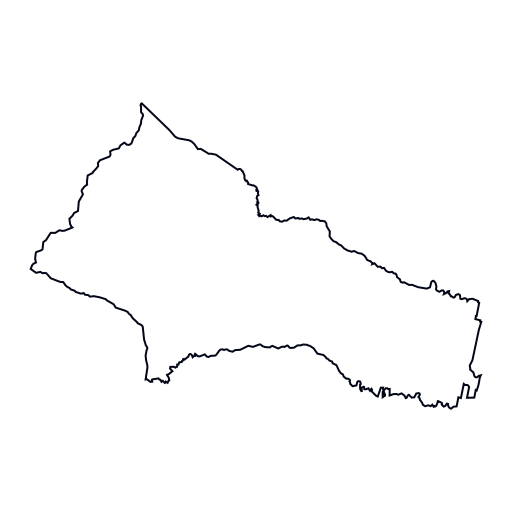 outline of Chicligasta, Tucumán, Argentina
{"feature_id": "61730980B55497812442102", "entity_name": "Chicligasta", "entity_type": "district", "adm_level": 2, "iso_a3": "ARG", "parent_name": "Argentina", "parent_adm1": "Tucumán", "projection": "natural_earth1", "projection_center": [-65.69, -27.245], "detail": "fine", "context": "isolated", "style": "outline", "palette": "ink", "viewbox_px": 512, "rotation_deg": 0, "n_neighbors": 0, "source": "geoboundaries", "source_scale": "gbopen_adm2", "svg_char_len": 6067}
<svg xmlns="http://www.w3.org/2000/svg" viewBox="0 0 512 512"><path d="M30.7,269.0L36.1,272.8L40.4,271.9L42.5,273.2L44.8,272.9L46.4,273.3L50.8,278.3L60.1,281.9L63.3,282.1L65.3,285.1L67.4,287.0L69.4,287.9L70.8,289.4L74.8,290.8L75.7,291.9L80.3,293.5L82.2,293.5L83.6,293.0L85.0,294.7L88.3,295.1L89.9,296.6L94.0,296.2L99.7,297.3L105.8,299.2L106.6,300.2L113.7,304.3L115.7,307.6L125.2,310.7L127.7,312.0L129.0,313.9L130.6,314.9L132.7,318.2L137.2,322.3L137.6,323.2L141.4,325.0L142.7,326.5L144.1,339.6L145.9,345.5L147.1,347.1L147.3,348.6L146.6,350.2L145.6,355.6L146.1,360.2L147.4,365.7L147.4,367.8L145.6,379.5L147.0,379.3L150.3,381.8L152.2,381.7L151.9,379.8L152.3,379.4L158.5,378.4L159.3,379.5L160.3,379.7L161.5,381.8L162.8,380.8L164.8,383.0L165.4,382.7L165.8,381.6L167.6,382.8L168.4,381.0L169.3,380.3L168.7,377.6L167.0,374.9L169.0,374.0L172.4,371.2L170.0,368.5L170.3,366.9L173.8,366.8L175.5,367.6L176.3,366.8L177.1,366.7L177.2,364.5L178.5,364.5L179.3,362.3L181.6,362.1L181.9,361.1L182.8,360.7L183.1,359.2L183.6,359.0L183.9,359.7L184.4,359.7L188.4,356.5L188.9,354.8L189.8,354.1L190.6,354.0L191.9,355.2L192.7,357.2L193.7,356.1L195.0,355.9L194.7,354.5L195.1,353.8L198.1,356.3L199.9,356.3L204.8,354.4L206.8,356.6L208.6,357.0L210.5,355.9L215.1,355.6L216.3,354.8L219.3,350.6L220.5,349.6L222.3,349.3L224.0,350.0L225.6,349.4L227.4,349.5L229.1,350.9L232.6,351.7L235.2,350.1L240.1,349.8L248.3,345.8L252.9,346.9L259.6,344.4L260.7,344.6L262.4,346.1L265.2,347.1L269.9,347.4L271.1,346.4L272.4,345.9L278.3,348.5L281.4,346.9L283.6,346.6L284.4,347.0L287.1,345.5L287.9,345.7L289.4,347.5L290.7,348.0L294.1,347.6L297.5,345.4L301.0,345.3L303.1,344.5L307.2,344.8L308.2,345.5L309.8,345.8L313.6,348.3L317.4,353.6L323.4,355.0L325.6,356.9L326.5,358.4L327.8,358.8L329.5,360.6L332.1,361.6L332.7,363.3L336.4,365.1L339.1,370.9L340.8,373.2L342.9,374.4L343.7,376.6L346.3,378.7L347.8,378.6L349.6,379.5L350.0,380.5L349.5,381.5L350.1,382.4L350.2,383.8L352.6,386.2L356.4,385.4L357.3,381.9L358.4,381.1L360.2,381.6L360.8,383.9L360.1,384.5L360.1,388.9L361.3,391.1L361.8,391.0L361.6,387.8L363.6,386.7L364.1,387.1L364.3,389.2L365.9,389.3L368.4,388.3L370.0,390.8L371.4,388.8L372.0,389.6L371.8,391.5L376.1,395.8L377.8,396.5L380.8,387.7L383.1,387.7L382.9,388.7L383.6,390.1L382.7,392.1L382.7,397.2L385.0,395.6L385.0,394.5L384.5,394.2L384.8,394.1L383.9,392.1L383.8,390.3L385.8,388.3L387.1,388.2L388.2,389.1L389.7,389.0L389.6,395.5L393.5,394.1L396.4,394.0L398.3,394.7L401.6,393.4L404.4,395.5L405.7,398.1L406.5,397.9L407.9,395.4L408.9,394.8L411.7,397.6L414.3,397.3L416.3,393.5L418.8,393.1L419.6,393.6L419.9,394.6L418.4,397.0L419.5,397.9L419.9,399.8L422.1,402.7L422.9,404.8L425.1,406.2L428.3,405.3L430.6,406.2L432.3,404.7L433.0,405.8L434.0,405.9L433.9,406.7L435.5,406.4L436.3,405.7L437.6,402.5L438.5,401.9L437.1,400.7L441.7,402.8L442.2,404.0L441.8,404.7L443.7,406.6L445.3,405.9L446.8,403.6L448.0,403.9L447.8,404.8L449.0,407.4L450.6,408.6L451.4,408.5L453.4,406.7L456.6,406.4L458.4,397.3L460.9,398.0L463.8,383.9L465.1,385.0L467.3,385.0L468.2,385.5L469.1,387.1L467.0,397.8L474.3,397.6L475.7,390.0L476.7,390.5L478.4,385.3L479.9,377.2L480.8,375.3L478.9,375.8L476.9,377.3L475.4,377.2L474.3,375.9L473.4,372.4L470.1,369.6L470.3,368.5L469.7,365.6L472.4,360.3L478.9,329.7L481.3,321.8L480.1,321.5L480.3,320.3L475.4,319.1L475.9,316.0L476.6,316.0L479.2,302.8L478.1,302.3L478.2,301.1L472.7,298.8L469.2,299.1L467.3,301.2L466.9,299.3L466.1,298.6L464.4,298.2L461.8,299.2L460.4,298.8L459.9,295.1L458.4,294.1L456.0,294.9L454.7,297.1L453.5,297.6L451.4,296.2L450.8,296.3L449.8,294.3L448.6,293.5L449.1,291.1L447.5,291.4L446.3,292.9L443.9,294.1L444.4,292.4L443.3,290.5L441.7,290.4L439.4,291.8L436.8,290.5L436.0,289.3L436.4,286.4L435.4,282.8L433.6,280.8L432.4,281.0L431.3,282.1L430.0,287.3L426.8,288.6L418.2,287.2L411.9,284.8L409.2,285.0L404.0,282.2L403.0,282.7L401.0,282.1L400.3,281.0L400.0,279.4L397.1,277.2L396.5,274.9L395.6,273.6L393.9,273.4L392.1,271.8L389.8,272.3L388.0,271.9L386.0,270.8L384.0,267.9L382.0,268.2L380.4,266.6L377.8,266.8L374.5,263.3L372.4,264.1L372.8,263.2L371.9,262.9L370.7,261.4L367.2,260.0L364.8,256.0L361.7,253.7L358.2,253.1L354.1,251.0L351.6,251.7L347.4,250.4L343.9,248.3L341.3,245.5L339.0,244.5L336.1,242.1L333.7,241.3L331.8,239.5L329.6,236.5L329.8,231.4L326.7,226.3L326.3,223.4L324.9,221.4L321.8,220.8L320.1,221.0L319.0,219.9L316.6,219.3L314.3,220.1L312.0,219.3L310.3,219.8L308.6,217.4L306.9,218.5L303.6,219.2L302.1,218.5L299.2,218.8L298.4,218.0L295.4,218.5L293.8,217.0L289.8,218.4L286.6,220.7L284.3,220.5L282.0,221.7L279.8,221.3L278.6,219.9L276.2,219.8L273.1,216.5L272.0,216.0L270.9,216.4L270.6,215.1L267.5,217.1L266.0,215.8L264.6,216.1L263.3,215.3L261.7,216.3L260.4,215.7L259.3,216.2L258.3,215.0L259.3,214.6L259.8,213.7L258.2,212.6L258.7,210.9L257.6,207.1L257.6,205.7L256.5,204.8L257.4,204.1L257.3,203.1L258.1,203.6L258.5,202.9L257.8,201.7L257.5,199.7L256.6,198.2L257.3,195.8L258.5,195.1L257.9,193.3L258.2,191.4L257.8,190.8L256.5,190.9L256.3,189.8L257.1,189.2L256.5,187.4L255.0,186.2L253.4,185.3L252.7,185.5L248.1,184.0L248.1,182.7L247.0,180.9L246.3,181.2L245.7,180.2L245.1,180.1L244.4,178.0L244.5,175.6L242.7,171.3L241.9,171.0L241.3,169.7L240.0,169.0L238.7,169.0L237.6,169.7L216.0,154.7L211.1,153.7L208.8,153.8L200.8,148.9L197.9,149.1L194.3,144.0L191.7,141.6L189.2,140.3L178.1,138.3L175.1,136.7L169.5,130.2L141.8,103.4L141.1,103.8L140.5,105.4L141.1,106.4L141.0,111.5L141.1,112.2L142.8,114.2L143.0,115.8L141.3,120.1L140.9,123.8L139.4,127.2L138.8,130.3L136.4,133.0L135.3,136.1L133.3,138.1L131.8,142.6L130.8,144.0L129.0,144.9L126.7,144.6L124.5,142.7L123.8,143.0L120.5,145.3L118.8,148.4L113.0,149.8L110.1,151.4L110.5,154.4L110.1,155.8L109.4,156.6L100.1,160.2L97.9,162.9L98.2,166.0L96.5,168.3L92.9,172.1L92.7,172.9L87.7,175.5L86.9,182.0L87.1,184.7L84.5,186.5L81.8,190.0L81.6,191.0L82.9,194.4L78.8,201.5L78.0,211.0L74.1,213.0L72.6,215.6L69.4,218.8L70.1,224.0L71.3,226.5L72.4,227.5L64.8,230.6L62.6,230.9L59.3,230.3L55.3,232.9L50.9,232.8L50.3,233.4L46.1,240.0L43.3,242.1L42.5,249.4L41.2,250.3L36.2,252.1L35.8,252.9L35.1,258.8L36.0,262.5L33.5,263.7L32.1,265.3L30.7,269.0Z" fill="none" stroke="#020617" stroke-width="2"/></svg>